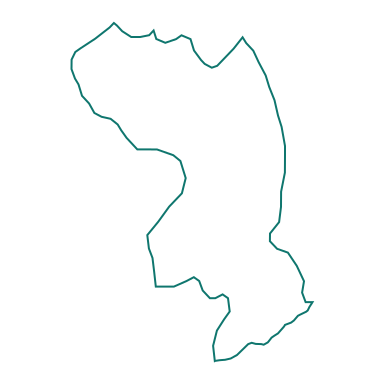 Kumgang, Kangwŏn-do, North Korea (orthographic projection)
{"feature_id": "82179303B90843555893266", "entity_name": "Kumgang", "entity_type": "district", "adm_level": 2, "iso_a3": "PRK", "parent_name": "North Korea", "parent_adm1": "Kangwŏn-do", "projection": "orthographic", "projection_center": [128.039, 38.544], "detail": "fine", "context": "isolated", "style": "outline", "palette": "teal", "viewbox_px": 384, "rotation_deg": 0, "n_neighbors": 0, "source": "geoboundaries", "source_scale": "gbopen_adm2", "svg_char_len": 1521}
<svg xmlns="http://www.w3.org/2000/svg" viewBox="0 0 384 384"><path d="M214.8,361.0L215.0,360.9L219.7,360.2L223.6,359.9L225.0,359.8L230.7,358.5L237.0,355.0L248.2,344.1L251.7,342.8L255.7,343.9L261.3,344.1L263.7,344.7L267.8,342.4L268.4,341.7L271.6,337.6L274.5,335.6L278.0,333.4L283.8,326.8L284.3,326.1L285.0,324.9L291.1,322.6L293.9,320.5L297.9,315.8L300.0,314.7L306.2,311.7L307.4,310.7L307.7,310.5L309.5,306.8L311.6,303.6L312.5,302.1L305.6,302.1L302.1,292.6L304.0,281.2L296.8,265.9L287.9,252.6L277.1,248.8L269.9,241.2L270.0,233.5L279.1,222.1L281.0,206.9L281.1,191.7L284.9,172.6L285.0,155.5L285.0,146.0L283.3,136.4L281.6,126.9L278.0,115.5L274.5,100.2L269.2,86.9L265.7,75.5L258.6,62.1L253.3,50.7L246.2,43.1L242.6,37.3L233.6,48.7L224.5,58.2L217.2,65.8L211.8,67.7L204.7,63.9L201.1,60.1L194.0,50.5L190.5,39.1L181.5,35.3L176.1,39.1L165.3,42.8L156.3,39.0L153.6,30.5L149.2,35.2L140.2,37.0L131.2,37.0L122.2,31.2L116.9,25.5L113.9,23.0L113.3,23.6L109.7,27.4L102.5,33.0L95.2,38.7L80.7,48.2L75.3,52.0L71.6,59.6L71.5,69.1L75.0,78.6L78.5,84.4L82.0,95.8L89.1,103.5L94.4,113.0L101.6,116.8L110.6,118.8L117.7,124.5L121.2,130.3L126.6,137.9L137.3,149.4L148.1,149.4L157.1,149.5L173.3,155.2L180.4,161.0L185.7,178.1L181.9,193.3L169.2,206.6L158.2,221.8L147.3,235.1L148.9,248.5L152.5,258.0L154.1,271.3L155.8,286.6L164.8,286.6L173.9,286.6L186.6,281.0L193.8,277.2L199.2,281.0L202.7,290.5L209.9,298.2L215.3,298.2L222.6,294.4L228.0,298.2L229.7,311.5L224.2,319.2L216.9,330.6L213.1,345.8L214.8,361.0Z" fill="none" stroke="#0f766e" stroke-width="2"/></svg>